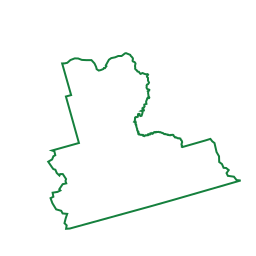 Wasco, Oregon, United States of America, rotated 344°
{"feature_id": "52423323B81291349676813", "entity_name": "Wasco", "entity_type": "district", "adm_level": 2, "iso_a3": "USA", "parent_name": "United States of America", "parent_adm1": "Oregon", "projection": "orthographic", "projection_center": [-120.965, 45.263], "detail": "fine", "context": "isolated", "style": "outline", "palette": "green", "viewbox_px": 256, "rotation_deg": 344, "n_neighbors": 0, "source": "geoboundaries", "source_scale": "gbopen_adm2", "svg_char_len": 4670}
<svg xmlns="http://www.w3.org/2000/svg" viewBox="0 0 256 256"><g transform="rotate(344 128 128)"><path d="M40.7,207.8L44.4,208.6L127.7,209.5L150.5,209.6L221.8,209.5L218.0,208.0L216.4,204.0L210.8,201.5L210.3,198.5L213.2,196.2L211.3,193.5L208.9,192.6L208.4,188.6L206.3,185.8L207.7,180.3L206.5,175.5L207.0,166.3L205.3,164.0L204.2,161.2L203.1,161.2L198.7,161.3L195.7,161.3L189.3,161.3L186.3,161.3L181.6,161.3L176.9,161.3L174.9,161.3L174.6,161.0L174.7,160.8L174.7,160.3L175.0,160.1L175.1,159.9L175.0,159.6L175.0,159.1L174.8,158.8L175.0,158.3L175.2,157.9L175.4,157.5L175.7,157.2L175.9,157.1L176.0,156.9L176.1,156.6L176.2,156.2L176.1,155.5L176.1,155.1L176.1,154.8L175.9,154.5L175.7,154.3L175.6,153.8L175.5,153.2L175.4,152.8L175.4,152.6L175.0,152.5L174.6,152.2L174.2,151.8L173.7,151.9L173.0,151.6L172.5,151.2L172.2,150.7L171.8,150.4L171.4,150.1L171.0,150.2L170.8,150.2L170.5,149.9L170.5,149.5L170.4,149.2L170.1,148.9L169.9,148.5L169.7,148.2L169.7,147.7L169.7,147.3L169.3,146.9L168.8,146.8L168.3,146.7L167.9,146.7L167.4,146.5L167.0,146.7L166.6,146.4L166.0,146.4L165.8,146.3L165.5,146.2L165.2,145.9L165.0,145.7L164.7,145.8L164.4,145.7L164.2,145.2L163.6,144.9L163.1,144.8L162.6,144.3L162.3,144.1L162.1,144.2L161.7,144.1L161.5,143.8L161.0,143.6L160.8,143.5L160.6,143.1L160.3,142.6L159.9,142.4L159.4,142.1L159.3,141.9L158.9,141.7L158.9,141.8L158.6,141.6L158.4,141.3L158.2,141.1L158.0,140.9L157.7,140.8L157.2,140.8L156.7,140.4L156.4,140.2L156.2,140.1L155.6,140.1L154.8,139.8L154.3,139.9L154.1,139.6L153.6,139.5L153.2,139.7L153.0,139.4L152.4,139.2L151.7,139.3L151.5,139.7L151.0,139.9L150.5,140.1L150.2,140.3L149.9,140.3L149.8,139.9L150.0,139.7L149.7,139.4L149.3,139.6L149.0,139.9L148.5,139.7L148.5,139.4L148.2,139.3L148.1,139.6L147.8,139.9L147.6,139.8L147.3,140.0L147.2,140.2L146.9,140.1L146.8,139.9L146.6,139.8L146.4,139.9L146.1,139.8L146.0,139.6L145.7,139.5L145.4,139.7L145.4,140.0L145.6,140.1L145.6,140.4L145.2,140.5L144.8,140.4L144.3,140.2L143.8,140.2L143.3,139.9L142.8,139.8L142.2,140.1L141.9,139.9L141.6,140.0L141.3,140.2L141.0,139.9L140.8,139.4L140.7,139.1L140.3,139.2L140.2,139.3L139.9,138.9L139.8,138.5L139.1,138.3L138.6,138.0L138.1,138.0L137.8,137.7L137.3,137.5L136.9,137.3L137.0,137.0L137.0,136.6L136.7,136.6L136.3,136.4L136.4,136.1L136.6,135.9L136.5,135.5L136.4,135.2L136.8,134.8L136.9,134.5L136.5,134.2L136.4,134.0L136.5,133.7L136.6,133.2L136.5,132.9L136.2,132.4L136.4,131.9L136.6,131.3L136.5,130.7L136.4,130.0L136.5,128.5L136.4,128.0L136.8,127.5L136.7,126.7L136.3,126.5L136.4,125.7L136.7,125.3L137.0,124.9L137.0,124.1L136.3,124.1L136.0,124.2L135.6,123.8L135.9,123.6L136.4,123.1L137.0,121.8L137.7,119.9L138.7,119.6L139.4,120.0L140.5,119.9L140.9,119.0L141.2,118.0L141.6,117.4L142.4,117.4L142.7,117.5L143.0,117.8L142.9,118.2L142.8,118.6L142.8,119.2L143.4,120.0L144.4,120.0L145.3,118.7L146.1,117.4L146.4,116.8L146.4,115.9L145.8,115.4L145.4,115.2L146.7,114.9L147.2,115.4L148.0,115.6L148.2,115.4L148.1,114.4L147.3,113.6L147.3,113.0L148.3,112.6L149.1,112.6L149.9,111.8L149.8,111.3L150.1,110.0L151.2,109.9L152.4,109.9L152.5,109.0L152.5,108.3L152.8,107.4L154.0,105.9L154.6,104.9L155.2,104.4L155.7,104.8L156.2,105.1L156.6,105.0L156.9,104.5L156.7,103.7L156.5,102.8L156.7,102.0L156.8,101.1L156.9,100.1L157.3,99.1L157.4,98.5L157.2,98.1L158.0,97.8L158.7,97.8L159.0,97.1L158.4,96.6L157.3,95.9L156.9,94.4L157.4,93.3L157.6,92.2L158.3,91.5L159.3,91.4L160.0,90.9L160.7,90.1L160.5,89.0L160.3,88.0L160.4,87.4L160.8,86.2L161.0,85.1L160.5,84.4L160.4,83.7L160.9,83.0L161.5,82.7L162.0,82.3L161.7,81.6L161.2,81.5L160.8,81.5L160.1,81.3L159.8,81.2L159.1,80.7L158.4,80.3L158.0,79.8L156.9,79.1L155.9,79.4L155.5,79.4L154.9,79.4L154.4,78.3L153.9,76.9L153.2,76.6L152.6,76.2L152.4,75.1L152.1,74.7L151.5,73.9L151.2,73.1L151.3,72.5L151.6,72.0L151.7,71.5L151.7,70.9L152.0,69.9L152.4,69.2L153.0,68.1L152.9,67.5L152.5,66.5L152.0,66.0L151.3,65.6L150.9,64.9L151.1,64.1L151.6,63.4L151.9,62.4L151.6,61.5L151.5,61.3L151.2,60.6L150.6,59.6L150.5,59.3L150.3,58.3L146.7,55.5L145.5,55.5L142.3,56.8L141.6,57.0L138.5,56.1L135.1,56.5L131.2,56.2L128.5,57.1L123.9,61.7L124.3,62.6L123.7,63.0L123.0,63.6L122.4,64.1L121.4,63.7L120.6,64.5L117.8,64.8L115.7,64.7L114.1,62.8L114.2,60.5L113.6,56.7L111.6,52.7L107.0,51.4L102.4,49.8L99.2,47.4L95.9,46.4L91.4,46.8L87.6,48.6L84.8,48.4L82.5,47.8L82.4,80.7L77.0,80.6L76.7,128.9L48.8,128.7L50.8,130.1L50.6,134.1L48.5,134.6L46.4,137.3L42.0,138.4L44.1,144.8L44.9,146.9L46.7,148.1L47.1,151.6L49.0,154.8L50.1,153.6L52.6,154.3L54.4,160.0L53.3,161.7L53.4,164.2L49.7,164.0L45.1,167.9L45.8,169.4L42.6,170.0L37.7,169.4L37.3,173.5L34.2,174.1L34.6,179.5L36.5,186.4L41.0,189.2L41.6,192.1L45.9,193.8L43.3,197.5L40.7,202.0L42.2,204.7L40.7,207.8Z" fill="none" stroke="#15803d" stroke-width="2"/></g></svg>